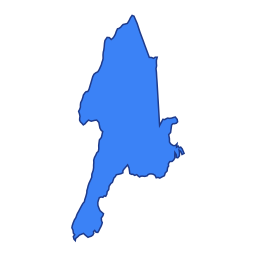 Itabuna, Bahia, Brazil
{"feature_id": "56859067B9153325788025", "entity_name": "Itabuna", "entity_type": "district", "adm_level": 2, "iso_a3": "BRA", "parent_name": "Brazil", "parent_adm1": "Bahia", "projection": "equal_earth", "projection_center": [-39.322, -14.862], "detail": "fine", "context": "isolated", "style": "filled", "palette": "blue", "viewbox_px": 256, "rotation_deg": 0, "n_neighbors": 0, "source": "geoboundaries", "source_scale": "gbopen_adm2", "svg_char_len": 2976}
<svg xmlns="http://www.w3.org/2000/svg" viewBox="0 0 256 256"><path d="M78.6,111.3L79.4,113.6L80.0,116.3L79.7,118.1L79.6,120.1L80.4,121.8L81.8,123.2L83.3,124.9L85.0,123.8L86.7,121.8L88.5,120.1L91.2,121.2L94.5,120.4L96.7,120.1L98.8,122.4L99.4,125.4L99.9,128.0L101.2,130.4L102.7,131.5L102.0,134.8L101.4,137.4L99.4,139.9L99.0,142.8L98.7,145.6L98.8,148.7L98.3,151.4L96.8,152.8L95.8,155.1L94.5,157.5L93.7,160.2L93.8,162.6L93.6,164.9L93.6,167.7L93.2,170.4L91.9,174.1L91.7,177.4L90.4,180.3L89.0,183.3L88.1,186.0L87.5,188.6L86.9,190.5L86.8,192.7L86.3,194.8L85.7,196.9L84.8,199.6L84.4,201.7L82.9,203.5L81.4,206.1L80.4,208.0L79.5,209.7L78.7,211.3L77.7,213.0L76.9,214.7L75.9,217.6L74.4,219.9L73.1,223.1L72.2,225.9L71.9,227.8L73.0,230.2L73.4,233.2L74.7,234.8L73.3,236.6L74.0,239.2L75.3,240.6L75.6,238.5L77.6,236.9L79.4,235.1L81.3,234.3L83.5,233.4L85.2,235.0L86.5,236.1L88.0,237.3L89.5,236.7L91.0,236.3L92.7,235.2L93.7,233.5L93.5,231.6L94.7,230.4L96.1,232.3L97.8,232.4L98.8,230.8L99.9,228.5L100.9,226.6L101.7,224.7L102.3,222.6L101.5,220.8L101.3,218.0L102.9,215.7L103.5,213.7L101.4,211.9L100.0,210.6L99.0,208.4L97.9,205.3L97.8,202.4L98.5,199.9L99.3,197.7L101.0,197.0L102.9,197.3L104.2,195.9L105.7,196.3L106.8,194.2L107.2,191.6L108.7,189.6L109.1,186.2L110.8,183.6L112.4,182.3L113.2,180.0L113.9,178.0L115.2,176.7L116.4,174.7L118.4,174.3L121.0,173.7L122.9,172.8L122.9,170.7L123.9,169.2L127.6,164.9L129.0,167.9L129.4,170.4L129.8,173.5L131.4,174.3L133.0,174.3L134.7,175.4L136.7,174.6L138.3,176.1L139.6,177.0L140.8,176.2L142.5,176.1L144.8,176.4L147.1,175.8L148.2,174.5L149.8,173.9L151.4,173.9L153.2,174.2L155.0,175.3L156.2,177.8L158.0,177.4L159.8,178.1L162.4,176.7L164.4,175.7L165.2,173.0L167.1,171.0L167.6,167.5L168.6,166.1L168.4,163.8L169.7,161.6L172.1,161.4L173.6,160.0L174.8,158.0L174.8,154.9L174.9,152.5L176.3,154.8L176.4,157.5L177.8,157.8L179.4,155.9L179.5,152.4L179.1,150.2L180.8,151.4L182.0,154.5L184.1,153.4L183.4,151.8L182.2,148.9L180.7,147.1L179.2,147.8L178.2,146.1L176.6,147.2L177.0,143.8L175.3,145.6L173.2,145.6L170.8,144.0L169.5,142.1L169.4,138.5L168.7,134.6L170.6,132.5L171.6,125.0L172.9,123.7L174.5,123.7L176.3,123.2L177.6,121.8L177.2,119.4L175.3,117.0L173.3,117.5L171.7,118.1L169.6,118.4L167.6,118.1L166.2,118.7L164.7,119.6L162.9,119.3L159.6,125.5L157.0,81.6L156.7,77.4L156.4,72.1L156.0,68.7L156.6,65.8L156.4,63.2L156.4,60.3L157.2,57.2L155.2,57.2L153.6,58.4L151.6,57.5L149.3,57.4L144.5,44.5L143.4,41.4L139.9,32.0L137.2,23.6L134.0,16.2L132.1,15.4L130.5,17.7L129.2,20.4L127.4,23.4L125.3,24.0L123.1,24.5L121.9,25.7L120.7,27.2L119.0,28.4L117.5,28.8L116.4,31.1L115.3,34.3L114.0,36.7L112.9,38.1L111.2,39.5L109.4,37.6L107.1,37.4L105.0,40.4L104.5,43.2L104.2,47.0L103.8,50.1L103.3,52.0L103.0,54.9L103.1,58.4L102.7,60.3L101.9,62.5L101.4,64.6L100.3,67.1L99.2,69.6L97.8,71.8L95.8,72.8L94.0,74.2L92.8,76.5L89.0,89.4L87.7,91.6L86.2,91.6L85.0,92.7L83.4,95.0L82.8,97.5L81.9,100.2L80.7,102.6L80.4,104.9L80.4,107.2L79.6,109.5L78.6,111.3Z" fill="#3b82f6" stroke="#1e3a8a" stroke-width="1.5"/></svg>